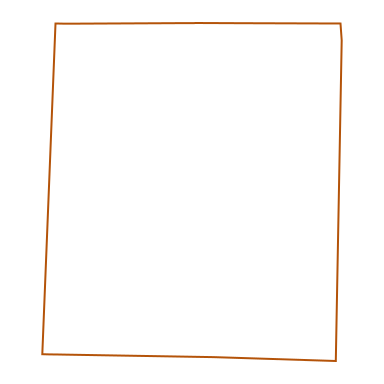 Person, North Carolina, United States of America
{"feature_id": "52423323B78779547574002", "entity_name": "Person", "entity_type": "district", "adm_level": 2, "iso_a3": "USA", "parent_name": "United States of America", "parent_adm1": "North Carolina", "projection": "equal_earth", "projection_center": [-78.996, 36.389], "detail": "fine", "context": "isolated", "style": "outline", "palette": "amber", "viewbox_px": 384, "rotation_deg": 0, "n_neighbors": 0, "source": "geoboundaries", "source_scale": "gbopen_adm2", "svg_char_len": 369}
<svg xmlns="http://www.w3.org/2000/svg" viewBox="0 0 384 384"><path d="M212.0,357.1L216.0,357.2L335.8,361.0L341.7,40.4L340.5,23.5L242.0,23.2L241.3,23.2L219.1,23.1L218.9,23.1L195.3,23.0L194.3,23.1L188.1,23.1L66.9,23.7L65.7,23.7L55.9,23.5L55.5,23.5L42.3,354.2L45.9,354.3L49.7,354.4L58.4,354.5L63.7,354.6L212.0,357.1Z" fill="none" stroke="#b45309" stroke-width="2"/></svg>